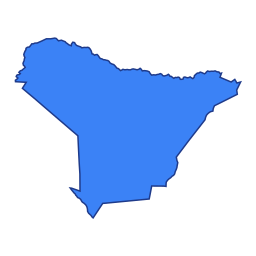 the district of Valença do Piauí, Piauí, Brazil
{"feature_id": "56859067B96285294064693", "entity_name": "Valença do Piauí", "entity_type": "district", "adm_level": 2, "iso_a3": "BRA", "parent_name": "Brazil", "parent_adm1": "Piauí", "projection": "albers", "projection_center": [-41.803, -6.392], "detail": "fine", "context": "isolated", "style": "filled", "palette": "blue", "viewbox_px": 256, "rotation_deg": 0, "n_neighbors": 0, "source": "geoboundaries", "source_scale": "gbopen_adm2", "svg_char_len": 2694}
<svg xmlns="http://www.w3.org/2000/svg" viewBox="0 0 256 256"><path d="M25.9,49.7L25.0,51.2L24.3,52.9L23.8,54.4L24.1,55.9L24.9,57.5L24.3,59.1L24.2,60.4L23.5,62.0L23.0,63.3L23.4,65.2L24.4,66.1L25.2,67.4L24.0,68.5L23.0,69.3L21.9,70.3L20.3,70.8L18.9,72.3L20.3,73.6L19.2,74.6L17.9,74.7L16.7,75.3L16.2,76.6L17.9,78.0L16.9,79.2L15.4,80.2L15.5,81.7L26.2,82.3L22.4,88.3L28.3,93.3L33.1,97.3L71.7,130.5L77.9,135.8L78.6,150.7L79.3,164.7L79.9,174.0L80.0,191.1L71.7,188.2L70.2,188.0L71.4,189.7L72.9,191.5L74.0,192.9L75.2,193.9L75.7,195.1L76.6,196.0L77.6,197.5L79.4,198.3L80.7,199.4L81.4,200.8L82.3,202.1L84.1,203.3L85.8,204.9L86.7,206.4L87.2,207.8L87.5,209.5L87.6,211.4L88.6,213.2L89.7,214.2L91.0,215.4L91.9,216.8L93.1,217.9L102.7,203.4L105.2,203.2L149.2,199.0L151.7,186.0L163.9,186.1L166.0,186.4L166.1,183.3L166.3,182.0L167.6,180.2L169.1,178.8L170.7,177.7L172.1,176.2L173.5,175.4L174.6,174.0L175.3,171.4L176.3,169.3L176.9,167.5L177.1,166.0L177.4,164.5L177.8,162.7L176.9,160.4L176.6,158.6L176.3,157.1L188.6,140.8L205.0,119.8L205.6,117.3L206.5,115.2L207.6,113.9L208.7,112.9L210.5,111.7L212.9,111.1L213.2,108.9L213.6,107.6L214.5,105.7L237.3,94.3L236.7,90.0L240.6,82.0L236.9,83.0L234.8,79.4L231.1,82.0L220.0,77.3L221.5,73.1L220.0,73.5L218.9,72.0L217.0,71.8L215.1,70.9L213.3,71.3L211.6,71.2L209.4,71.5L207.6,71.0L206.4,72.0L205.6,73.1L204.5,73.8L202.9,73.1L201.8,72.6L200.2,72.1L198.9,73.0L197.3,73.1L195.7,74.4L194.4,75.7L194.1,77.4L192.8,78.6L191.4,77.8L190.1,76.9L189.0,77.5L187.3,77.8L184.9,77.0L183.5,77.4L183.1,79.0L181.9,79.3L180.3,79.3L179.5,77.6L178.1,77.1L176.8,77.6L175.3,77.4L173.8,78.3L172.4,77.3L171.3,76.4L169.9,76.2L169.3,75.1L168.3,74.3L167.2,75.1L165.8,75.6L164.1,76.0L162.7,75.6L161.7,74.2L160.3,73.6L158.7,74.3L157.1,74.5L155.6,75.0L153.5,74.8L151.6,75.1L150.5,73.9L149.8,72.9L149.1,71.7L147.2,71.0L145.8,70.8L144.3,70.6L142.3,70.9L141.2,69.2L140.1,68.3L139.0,69.2L137.1,69.8L135.1,69.3L133.1,68.9L131.8,69.2L130.5,69.8L128.9,69.8L127.3,69.5L124.8,69.8L122.9,69.3L121.9,70.0L120.5,70.6L119.5,69.6L118.4,68.6L117.0,68.2L116.0,67.0L115.2,66.0L113.8,64.6L111.5,63.8L109.9,62.8L109.1,61.4L107.8,60.5L106.6,60.3L104.9,59.8L103.4,59.7L102.0,58.9L100.3,58.5L99.2,57.1L98.3,55.7L97.1,54.5L95.7,54.7L94.5,55.2L93.4,54.2L92.0,53.8L91.6,52.2L91.1,50.7L90.1,49.0L88.8,47.6L87.6,47.3L86.3,47.5L84.2,47.4L81.8,47.8L80.7,46.9L78.6,46.2L76.5,45.4L75.1,43.7L74.6,42.6L72.8,42.2L71.5,44.0L71.3,45.7L70.0,45.3L68.7,44.7L67.5,43.7L66.0,42.7L65.2,41.7L63.6,41.1L61.4,40.2L58.5,40.8L57.5,39.8L56.3,38.5L54.8,38.1L50.6,38.8L46.4,38.8L43.4,40.2L42.2,40.8L37.2,43.0L34.9,43.1L33.3,43.8L31.8,43.8L31.1,44.8L30.2,45.9L29.5,46.9L27.3,47.3L26.0,48.3L25.9,49.7Z" fill="#3b82f6" stroke="#1e3a8a" stroke-width="1.5"/></svg>